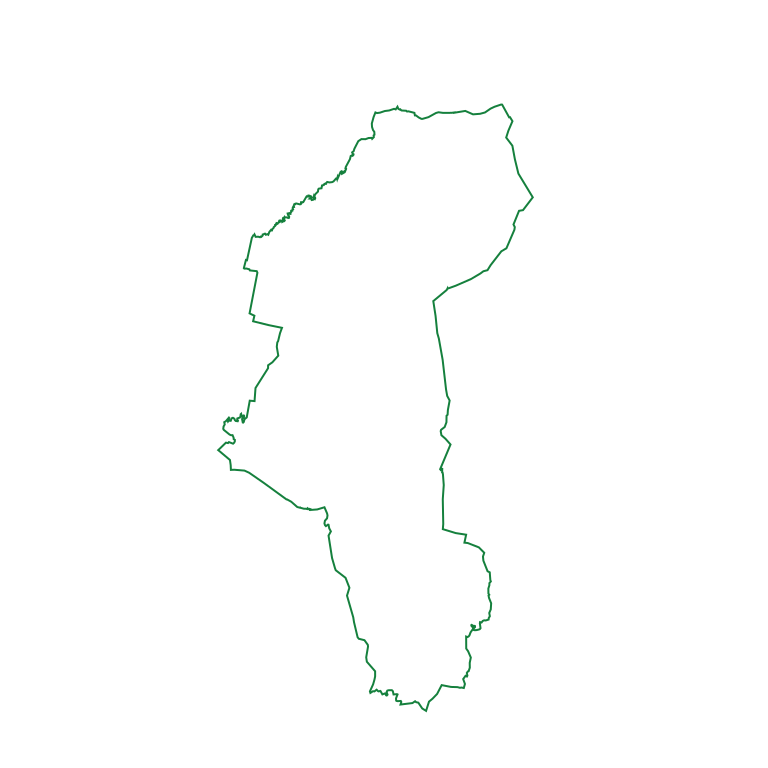 Laucesas pag., Daugavpils, Latvia (Natural Earth projection), rotated 287°
{"feature_id": "27541924B83584172222196", "entity_name": "Laucesas pag.", "entity_type": "district", "adm_level": 2, "iso_a3": "LVA", "parent_name": "Latvia", "parent_adm1": "Daugavpils", "projection": "natural_earth1", "projection_center": [26.54, 55.814], "detail": "fine", "context": "isolated", "style": "outline", "palette": "green", "viewbox_px": 768, "rotation_deg": 287, "n_neighbors": 0, "source": "geoboundaries", "source_scale": "gbopen_adm2", "svg_char_len": 6127}
<svg xmlns="http://www.w3.org/2000/svg" viewBox="0 0 768 768"><g transform="rotate(287 384 384)"><path d="M453.8,216.1L453.5,216.7L454.2,218.7L454.3,221.7L453.4,222.5L454.7,229.3L453.4,230.4L412.2,234.8L411.4,240.1L405.7,240.5L406.6,256.6L407.9,270.0L402.2,269.7L394.0,270.2L392.6,269.8L388.2,270.6L380.2,274.6L372.1,270.9L368.0,267.7L365.2,268.5L342.6,262.3L329.8,265.2L328.8,260.5L311.9,262.5L309.5,260.9L306.7,261.0L305.9,260.6L305.9,260.2L309.0,258.5L311.6,259.8L312.6,259.6L312.9,259.3L312.8,258.7L311.2,258.2L311.1,257.4L313.7,256.1L313.2,255.8L311.0,256.2L309.8,256.0L308.2,253.8L307.3,253.9L306.2,255.1L305.6,255.0L305.3,253.0L305.9,251.9L307.1,251.0L307.5,249.4L306.6,248.3L304.0,248.2L303.8,247.5L304.4,246.5L302.5,245.8L303.3,245.2L306.2,245.9L306.5,245.5L302.1,243.6L300.8,242.4L298.7,243.5L296.5,243.0L294.1,243.4L293.3,244.2L290.5,251.1L290.3,252.8L290.8,254.1L288.8,255.8L287.3,256.4L287.0,257.7L285.6,258.1L284.1,257.9L282.8,257.1L283.1,252.7L281.9,252.1L281.7,250.0L272.3,244.8L266.3,258.9L261.6,261.1L257.1,262.7L258.2,265.8L260.4,275.9L259.7,281.0L254.2,298.2L245.1,324.5L245.3,325.0L244.3,329.7L241.0,337.0L241.1,339.7L241.4,339.9L241.2,340.5L241.3,343.8L241.8,345.5L242.0,347.3L242.8,347.3L242.1,349.6L242.8,349.6L242.8,350.3L242.0,350.3L242.2,350.9L244.5,356.8L248.7,363.1L243.6,367.4L241.8,368.4L238.9,368.8L236.0,367.5L233.3,367.8L231.8,368.8L231.1,370.0L233.2,371.6L233.2,372.1L230.0,373.8L227.5,376.3L222.8,375.3L202.4,385.2L193.5,391.0L191.8,392.3L187.4,403.9L179.0,410.5L170.8,410.5L151.9,422.8L147.4,425.0L134.1,432.8L133.0,434.4L133.3,440.2L129.8,444.8L128.2,445.5L117.4,446.9L113.4,448.8L106.7,459.5L101.8,461.0L98.6,461.3L93.6,461.4L85.9,460.4L84.6,461.3L87.0,463.3L87.2,464.7L89.5,466.3L88.5,468.2L88.5,468.9L89.4,470.1L89.3,470.5L86.7,473.2L88.4,475.4L86.9,477.1L86.9,477.7L87.9,478.2L90.2,476.6L91.7,476.8L92.4,477.7L93.5,481.0L92.8,482.3L89.9,483.9L91.2,487.1L91.1,487.7L86.9,487.4L85.0,488.1L84.6,488.5L84.7,489.8L85.8,492.7L85.0,493.5L82.3,493.5L87.2,504.5L89.7,506.5L89.1,507.8L89.3,510.0L84.9,515.4L83.7,519.8L93.4,519.9L97.2,522.4L103.1,525.4L112.9,527.2L113.9,536.7L115.6,542.9L115.7,545.4L116.4,546.9L116.6,549.2L120.8,549.1L125.0,546.0L128.8,547.3L128.5,548.8L129.5,549.0L131.9,547.7L133.6,548.2L134.1,548.9L137.8,549.0L142.4,547.5L147.8,547.0L153.1,542.5L155.0,540.0L166.5,536.4L166.4,537.8L167.3,538.7L168.5,539.2L171.8,539.4L175.8,540.7L177.0,540.5L178.2,538.4L178.9,538.0L179.3,538.3L178.8,539.9L179.2,541.5L179.1,541.8L178.1,542.1L176.0,541.0L175.0,541.8L175.1,542.9L175.8,544.6L177.0,546.6L177.6,547.3L178.7,547.7L183.2,545.6L184.4,545.5L184.4,547.0L186.3,547.7L187.3,548.9L187.6,550.4L189.3,552.9L190.8,552.6L192.9,553.1L195.8,551.6L199.7,552.0L205.6,550.6L210.1,547.0L212.3,545.8L213.2,546.3L214.2,545.1L218.9,543.6L222.4,543.6L224.4,543.0L226.4,543.9L227.6,543.0L234.8,540.2L235.2,537.8L244.1,530.7L247.9,529.1L251.9,529.2L255.5,522.5L256.4,510.6L255.8,507.3L263.9,506.6L262.4,496.2L262.4,482.7L267.4,481.6L291.0,473.9L304.8,470.7L314.8,466.8L316.5,465.9L316.5,465.4L319.9,464.5L319.9,463.6L318.5,463.2L318.9,462.6L345.6,465.3L349.6,458.8L351.8,453.9L355.5,452.0L356.9,452.0L360.6,454.6L365.7,454.9L371.9,453.1L373.2,453.8L377.8,452.7L387.4,451.6L391.1,447.9L397.0,444.9L424.3,433.0L443.6,423.1L448.2,420.1L464.2,413.4L477.7,406.9L492.3,416.5L494.1,416.8L493.8,417.0L499.0,423.9L509.8,436.5L517.9,443.9L520.9,446.1L523.1,449.7L528.8,451.2L545.2,457.4L549.6,461.4L569.6,463.6L572.3,463.2L574.4,461.2L589.1,462.5L590.9,466.1L606.0,471.7L624.5,451.0L637.3,443.4L649.4,437.1L655.4,428.8L662.6,428.9L672.9,430.0L676.0,426.5L675.6,425.7L685.7,415.3L685.5,414.3L681.5,408.7L678.5,405.4L673.2,401.2L670.5,396.9L667.9,390.3L668.9,381.9L664.0,372.0L664.3,372.0L663.1,369.4L660.5,361.0L659.8,356.7L658.4,354.5L652.2,348.5L648.8,343.3L648.5,342.2L649.0,339.4L650.2,336.0L649.9,335.0L652.2,333.8L651.9,327.6L651.3,326.4L651.8,325.3L650.7,320.8L651.4,319.3L651.0,319.1L651.3,317.3L653.1,315.8L650.0,314.9L650.1,313.2L647.1,309.0L645.3,305.0L642.3,300.8L641.0,298.0L641.2,296.4L636.2,296.0L629.5,296.2L626.3,297.4L623.7,299.2L622.3,301.0L619.6,302.0L618.7,301.4L617.1,302.1L615.0,301.0L615.8,300.3L614.7,297.3L612.7,294.7L611.6,290.8L608.7,288.4L600.3,286.9L597.8,286.9L596.2,285.8L595.1,286.7L594.8,287.7L594.2,287.8L593.1,287.3L592.9,287.0L593.2,286.4L592.3,285.5L589.1,285.7L580.4,284.0L579.1,284.1L579.2,284.5L578.7,284.9L575.8,284.6L575.9,283.9L575.4,283.7L574.7,284.2L572.8,282.4L573.3,282.2L574.3,282.8L575.1,281.4L573.8,280.5L572.1,280.6L572.6,280.3L567.7,279.7L568.5,279.1L566.4,279.2L567.0,278.8L566.6,278.1L563.0,276.5L561.9,275.4L560.8,272.9L560.6,270.6L559.5,270.2L558.8,269.5L558.4,269.8L557.9,268.6L556.8,268.3L556.8,267.8L555.5,267.1L555.5,266.7L552.9,267.0L551.8,264.6L551.0,264.2L548.7,264.6L545.6,262.9L543.7,262.5L544.0,262.0L542.8,262.1L541.9,261.7L541.9,262.3L541.4,262.8L542.4,262.9L542.4,263.3L541.7,263.9L540.6,263.8L540.9,262.8L539.4,262.3L538.8,261.1L539.9,260.5L539.6,258.9L540.5,259.5L542.1,259.4L542.2,258.3L541.7,257.9L542.3,257.1L542.1,256.5L540.9,256.4L541.0,255.3L540.7,255.1L534.3,253.6L533.6,251.5L533.0,251.6L532.6,252.2L531.6,251.8L531.2,251.0L531.0,247.4L530.6,246.6L529.9,246.5L529.8,245.7L528.2,245.5L527.0,246.2L526.5,245.2L525.4,245.2L524.5,246.0L524.0,245.6L523.0,245.7L522.8,244.7L522.4,244.5L521.4,245.0L520.4,244.4L519.4,244.9L519.1,244.5L519.7,243.4L518.9,242.0L517.6,242.8L516.5,244.3L515.2,244.6L514.7,243.8L515.0,242.5L514.3,240.8L514.7,240.2L513.6,240.1L513.9,239.6L513.4,239.0L512.7,239.0L512.5,240.2L511.3,241.3L510.9,241.1L511.4,240.4L511.2,239.9L509.9,240.0L509.3,239.4L510.8,238.9L509.7,238.0L510.1,236.8L509.6,236.1L509.2,236.1L509.3,236.9L508.3,236.9L507.4,235.7L506.5,235.5L506.5,234.5L505.8,234.7L505.7,234.0L504.6,234.1L504.3,233.4L503.4,233.7L501.8,232.7L501.1,232.8L499.3,231.9L498.1,232.0L497.9,231.5L498.3,230.9L496.0,229.9L492.9,229.7L493.2,228.7L492.2,227.4L493.0,226.5L492.7,225.7L491.9,225.1L491.5,224.3L490.3,224.5L488.9,223.7L489.1,223.2L488.1,222.5L488.1,220.7L487.2,218.2L489.2,216.4L488.3,216.2L488.0,215.6L485.1,214.9L462.3,216.8L462.3,215.7L453.8,216.1Z" fill="none" stroke="#15803d" stroke-width="2"/></g></svg>